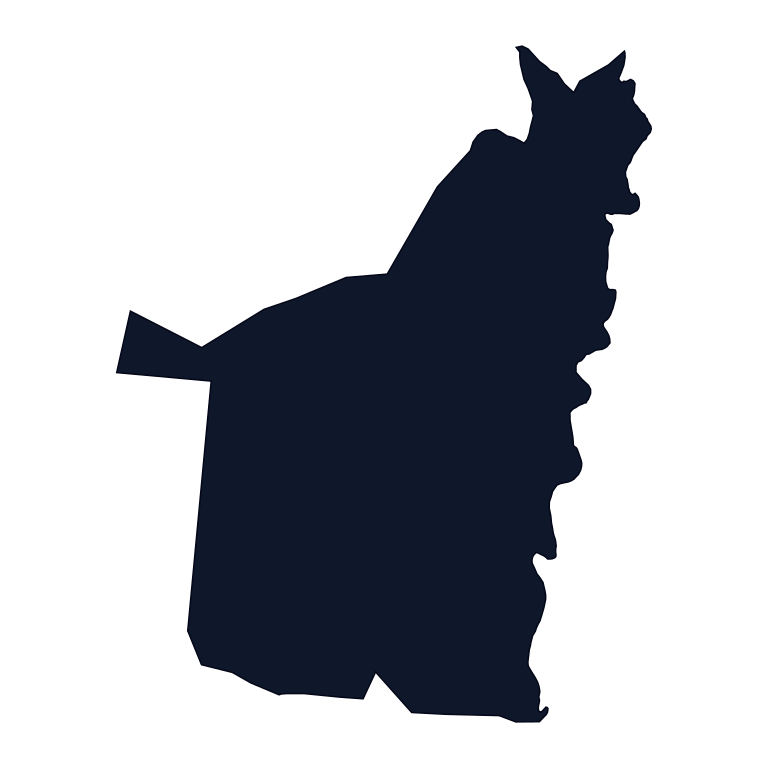 San Baltazar Yatzachi el Bajo, Oaxaca, Mexico (Equal Earth projection)
{"feature_id": "50627088B85859763420371", "entity_name": "San Baltazar Yatzachi el Bajo", "entity_type": "district", "adm_level": 2, "iso_a3": "MEX", "parent_name": "Mexico", "parent_adm1": "Oaxaca", "projection": "equal_earth", "projection_center": [-96.191, 17.225], "detail": "fine", "context": "isolated", "style": "filled", "palette": "ink", "viewbox_px": 768, "rotation_deg": 0, "n_neighbors": 0, "source": "geoboundaries", "source_scale": "gbopen_adm2", "svg_char_len": 4100}
<svg xmlns="http://www.w3.org/2000/svg" viewBox="0 0 768 768"><path d="M539.4,721.7L544.3,716.5L546.4,714.4L547.5,712.2L548.0,708.7L547.3,707.5L545.9,707.1L543.5,709.7L542.5,710.9L541.4,711.8L540.1,711.9L539.4,711.5L538.6,710.5L538.3,708.3L538.4,706.2L538.9,704.0L539.3,701.9L539.5,700.1L538.9,697.7L538.9,696.0L539.3,694.5L539.8,691.9L539.6,690.2L539.4,688.6L538.8,685.8L537.9,683.0L536.8,680.6L535.2,677.6L531.1,671.0L529.3,668.0L528.3,666.0L528.0,664.3L527.9,661.7L528.7,654.8L529.3,649.7L530.4,645.6L530.9,642.4L532.7,635.6L535.3,631.3L536.4,627.9L538.1,624.2L539.9,621.0L541.7,615.3L543.9,607.7L545.7,599.1L545.6,594.7L544.9,590.6L543.8,586.0L543.0,582.5L539.6,577.3L536.9,573.8L535.8,571.2L534.6,568.4L532.1,563.0L532.0,560.1L532.4,557.8L533.2,555.9L534.5,554.1L535.6,553.1L536.3,552.7L537.3,552.6L539.3,553.6L541.4,554.7L543.3,555.5L544.9,556.5L546.3,557.6L547.6,559.0L550.1,559.0L552.2,558.8L554.7,557.8L555.8,556.7L556.0,555.1L555.8,553.5L555.6,551.1L555.7,549.2L555.9,547.7L556.2,546.0L555.6,541.1L555.0,538.6L554.0,535.9L553.1,532.2L552.4,527.7L551.5,523.2L550.8,515.9L549.5,509.5L549.2,507.5L549.4,501.7L551.2,496.5L552.6,491.3L555.0,487.8L557.0,485.1L560.3,483.6L564.5,482.7L568.3,481.9L571.4,480.7L574.0,479.1L576.1,476.8L578.5,474.3L580.7,470.0L581.6,466.0L581.7,463.0L581.1,460.2L578.2,451.9L577.2,449.1L576.1,447.6L574.0,446.2L573.4,444.8L573.1,440.5L572.9,437.6L572.4,434.5L572.1,432.6L570.0,420.2L570.0,416.7L569.9,412.5L571.7,410.3L573.3,408.8L575.9,407.5L577.9,406.1L580.0,404.9L582.0,404.2L584.1,403.1L586.2,402.7L587.1,400.7L588.3,399.4L589.0,397.6L590.6,393.7L590.6,389.4L588.5,385.4L581.8,379.1L576.0,372.3L576.0,365.5L577.9,362.0L581.3,360.6L583.6,358.1L586.2,354.3L589.1,354.0L595.6,350.2L599.2,349.7L602.1,349.3L604.9,348.0L606.8,346.8L608.3,345.0L610.0,342.9L609.7,339.0L608.8,335.6L606.9,331.9L604.0,327.6L603.0,325.1L603.4,322.9L605.1,320.9L607.3,319.4L609.1,317.1L610.6,314.4L611.9,310.8L612.9,308.5L613.6,305.7L614.4,302.7L615.5,298.7L615.7,295.0L615.9,292.5L615.6,290.8L615.3,290.1L613.2,289.6L611.7,289.6L609.7,289.6L607.8,288.5L607.1,286.5L606.4,284.1L605.7,281.7L605.6,278.8L605.5,276.4L606.0,271.8L607.3,268.2L607.5,262.2L607.8,259.0L608.0,255.9L607.8,249.7L607.7,246.7L608.1,245.5L608.2,245.0L608.4,244.5L609.7,237.8L610.4,236.1L611.9,233.5L612.5,231.9L613.1,230.0L612.5,228.5L611.8,226.0L611.2,224.3L609.5,223.3L607.3,221.1L605.9,219.7L604.9,216.0L604.9,214.7L605.6,213.2L606.7,213.4L607.7,213.0L610.3,214.2L612.2,214.3L614.6,213.4L621.0,213.5L625.0,213.9L630.2,214.1L633.1,212.6L637.0,210.4L638.4,208.5L639.2,205.9L639.4,203.3L638.9,199.4L638.3,197.2L637.3,195.7L635.1,193.3L633.4,194.4L632.1,194.5L631.1,193.8L629.5,191.7L629.2,189.9L628.3,187.6L628.0,184.8L627.1,179.4L625.7,176.6L625.4,172.2L627.4,166.2L628.2,164.6L629.9,162.9L630.9,160.9L632.0,157.7L633.2,154.9L634.7,152.9L642.6,141.4L645.9,139.0L647.2,135.7L650.2,132.5L651.3,129.0L650.8,126.0L647.8,121.3L647.2,118.9L646.0,118.0L644.5,114.4L641.6,112.4L639.8,110.1L637.1,106.2L634.6,103.8L632.8,100.1L632.3,98.2L633.2,96.4L633.9,94.3L634.5,90.8L634.7,87.1L635.0,83.6L633.3,80.8L630.6,79.4L626.2,81.6L623.9,81.2L622.3,82.4L621.1,82.0L620.1,81.2L618.7,79.2L619.0,77.5L619.9,75.5L621.1,72.7L622.6,68.6L623.8,65.4L624.7,59.8L625.1,57.3L624.9,52.6L624.4,51.1L608.5,64.9L579.8,81.2L573.7,92.6L564.4,83.9L557.2,73.4L550.2,70.5L546.1,66.4L539.5,61.5L528.1,49.0L522.1,46.1L516.2,47.4L519.8,52.1L519.8,57.3L520.5,64.6L524.0,79.4L528.2,88.6L531.6,98.3L532.6,101.4L531.9,109.6L533.5,115.6L530.5,127.3L529.3,133.4L527.2,139.4L524.1,143.2L519.9,140.8L513.9,137.7L507.0,136.0L500.4,131.6L496.5,129.5L485.6,130.5L482.2,132.0L477.9,135.3L473.1,142.0L470.4,150.6L437.4,186.8L417.7,221.1L389.9,269.4L387.2,274.1L346.1,277.5L295.8,298.5L294.6,298.9L264.1,309.3L201.7,347.6L130.4,311.1L116.7,372.6L150.5,375.6L211.2,381.1L187.7,631.0L187.9,631.2L201.5,664.7L232.3,672.4L251.0,683.0L279.1,694.8L281.1,694.0L286.2,693.6L288.8,693.6L304.4,693.6L339.7,697.1L363.1,698.8L365.4,693.8L375.6,672.0L411.7,712.5L432.7,713.6L446.1,714.3L499.1,715.6L515.8,721.9L539.4,721.7Z" fill="#0f172a" stroke="#020617" stroke-width="1.5"/></svg>